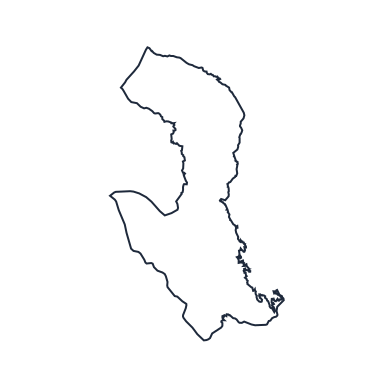 the district of Kolaka Utara, Sulawesi Tenggara, Indonesia, rotated 158°
{"feature_id": "22746128B11198700179718", "entity_name": "Kolaka Utara", "entity_type": "district", "adm_level": 2, "iso_a3": "IDN", "parent_name": "Indonesia", "parent_adm1": "Sulawesi Tenggara", "projection": "natural_earth1", "projection_center": [121.032, -3.263], "detail": "fine", "context": "isolated", "style": "outline", "palette": "slate", "viewbox_px": 384, "rotation_deg": 158, "n_neighbors": 0, "source": "geoboundaries", "source_scale": "gbopen_adm2", "svg_char_len": 5993}
<svg xmlns="http://www.w3.org/2000/svg" viewBox="0 0 384 384"><g transform="rotate(158 192 192)"><path d="M218.8,315.4L217.9,313.5L217.5,311.2L216.3,302.4L214.6,298.1L209.8,295.0L207.7,290.3L205.1,287.5L202.8,287.2L200.8,285.4L198.5,281.8L197.6,279.3L196.8,278.6L193.8,277.8L193.0,276.9L192.4,275.4L192.4,273.8L191.5,272.6L192.2,270.7L191.2,268.7L191.3,267.4L189.5,267.2L187.7,266.4L185.7,264.6L185.5,263.8L185.1,264.0L184.1,262.9L182.9,262.6L183.6,262.3L183.0,261.8L183.3,260.7L183.8,260.7L184.8,259.7L183.7,256.6L184.1,255.6L185.1,255.4L186.2,255.9L186.6,254.3L187.6,253.3L189.7,253.2L191.0,248.7L192.0,247.6L192.5,245.8L191.6,245.0L191.3,245.2L191.0,244.5L190.7,244.9L190.6,244.2L188.7,242.5L187.7,242.9L186.4,239.6L183.8,238.0L185.6,234.6L186.6,234.2L186.6,232.8L187.2,231.1L186.3,229.4L186.7,228.6L186.0,227.1L186.8,223.9L189.0,223.7L189.2,221.9L191.4,217.1L193.2,215.7L193.1,213.1L192.1,212.8L191.6,211.7L193.3,211.0L193.1,210.4L193.4,209.9L193.5,204.8L193.1,202.6L194.0,201.1L196.4,202.3L197.2,201.7L198.5,199.9L199.4,197.5L200.7,195.4L202.3,195.0L202.3,194.1L210.2,189.2L210.0,186.4L210.9,182.5L212.1,181.0L218.9,180.1L226.0,180.5L229.0,186.3L233.2,198.2L236.4,204.4L241.5,210.5L246.1,214.3L249.0,215.9L262.6,220.7L264.3,220.7L269.4,219.2L266.4,213.8L265.9,211.6L266.7,202.7L266.5,187.1L268.0,178.6L269.7,162.3L268.3,159.3L264.1,156.5L262.8,154.2L261.6,147.1L261.6,144.1L260.9,142.7L256.4,141.4L255.3,140.3L255.4,136.6L253.5,132.0L249.5,128.4L248.0,126.1L247.8,123.6L248.4,117.8L250.0,114.6L250.3,112.9L247.0,102.0L244.8,100.5L241.9,94.3L239.2,90.4L239.6,89.1L241.4,86.5L246.4,81.2L247.0,79.9L247.0,78.5L245.9,74.3L242.4,66.1L240.3,58.1L236.6,50.0L234.0,49.3L231.9,49.3L230.0,49.8L226.3,53.3L215.7,55.4L214.0,56.5L212.9,59.1L213.5,60.6L213.0,61.3L211.2,61.5L210.1,61.0L211.0,62.9L210.3,63.4L210.8,64.2L210.3,65.5L209.7,65.5L209.5,65.0L209.8,64.7L209.4,64.3L208.5,64.8L208.5,65.6L207.8,65.6L206.6,64.1L206.2,64.9L205.5,65.0L205.4,65.5L204.1,64.8L203.7,63.7L203.1,63.7L201.1,59.6L199.5,58.7L198.4,57.1L197.6,54.0L197.0,53.0L194.8,52.0L192.2,52.3L186.5,46.9L183.4,44.8L173.3,41.2L172.0,41.2L169.2,43.6L167.5,43.4L165.0,45.0L162.8,45.2L160.7,44.9L159.2,45.5L158.7,46.3L158.2,50.0L155.9,53.7L147.5,57.3L147.1,59.0L147.8,60.7L147.6,61.7L149.4,63.9L149.8,69.3L150.7,69.2L151.7,68.1L152.1,68.7L153.6,69.4L153.8,67.2L153.2,67.3L152.5,66.5L151.7,66.5L151.0,64.6L150.0,64.1L149.9,63.4L149.1,62.8L149.2,62.0L148.4,60.2L149.0,59.8L149.1,59.0L149.9,58.8L151.3,59.7L152.0,58.7L152.6,58.9L153.1,59.5L153.0,60.7L155.1,59.3L156.3,60.2L156.3,62.1L156.9,61.7L157.7,63.0L158.1,63.0L159.5,59.9L159.4,58.9L158.2,58.6L158.0,57.4L160.3,57.1L160.2,55.4L159.4,54.8L159.3,52.6L160.1,50.3L160.7,49.8L161.3,54.1L162.5,55.1L162.9,56.8L162.4,58.0L162.3,62.3L163.0,63.2L162.8,64.7L163.9,66.6L163.2,67.9L164.2,69.3L165.1,69.4L165.6,70.2L166.3,70.1L167.1,71.5L167.7,71.3L168.0,71.7L168.7,70.5L168.3,69.4L168.8,68.5L168.2,68.0L167.4,65.9L168.4,64.3L169.3,64.3L170.7,65.2L171.8,67.8L171.5,70.6L170.8,71.4L171.2,73.2L170.9,74.7L170.1,75.8L170.5,77.1L170.2,78.2L171.5,77.3L172.3,77.4L171.9,80.8L172.7,81.5L175.1,86.0L174.6,86.7L174.8,87.4L173.6,88.8L174.2,90.1L174.0,91.0L175.0,92.7L172.8,93.5L173.2,94.4L172.7,96.5L173.3,97.1L172.8,97.3L173.2,97.8L173.0,98.3L173.5,98.2L173.6,98.7L173.6,99.6L172.8,99.9L172.6,101.1L171.4,101.1L171.6,100.2L170.4,98.8L169.5,98.5L169.0,97.5L168.5,97.4L168.2,96.9L168.5,96.5L167.9,96.3L167.6,96.9L169.0,98.4L168.7,98.8L169.0,99.8L168.6,99.0L167.9,99.1L168.3,99.4L168.0,99.9L169.0,102.8L168.6,104.7L169.3,104.7L170.5,103.6L171.9,104.1L170.8,104.6L171.2,105.5L170.7,106.2L171.2,107.1L170.8,107.2L171.6,108.0L170.5,108.7L170.4,109.4L171.9,109.4L172.5,108.0L172.8,108.2L172.4,108.4L172.8,109.1L172.5,109.7L173.0,109.3L174.1,109.5L174.6,108.9L174.3,108.6L175.3,108.8L174.2,111.4L174.3,113.4L174.8,114.8L174.0,114.8L173.3,113.9L173.0,114.3L173.1,113.3L172.9,113.0L173.0,113.6L172.6,113.7L172.1,112.5L171.1,112.7L170.9,113.5L171.6,114.0L171.1,114.7L171.4,116.0L170.4,120.0L169.0,120.0L168.0,121.4L167.8,120.7L168.2,119.7L167.0,119.1L166.6,117.3L165.8,117.0L164.6,118.2L164.1,121.2L162.7,120.4L162.4,121.4L162.8,123.1L162.3,123.8L163.1,124.2L162.9,125.7L163.6,126.0L163.7,126.9L164.3,126.7L164.7,128.3L164.9,127.6L165.7,127.4L166.4,128.4L166.3,129.5L166.9,130.9L166.8,131.7L166.0,133.1L166.3,137.7L165.8,140.3L164.8,141.8L164.1,141.7L163.5,142.5L163.1,142.2L162.7,143.6L164.5,143.6L164.6,145.0L165.8,146.6L166.6,151.4L167.1,151.7L166.8,152.6L167.1,155.0L165.7,157.2L166.3,159.6L166.0,159.6L165.7,162.2L166.4,162.6L165.7,163.0L165.8,167.4L166.2,167.8L166.0,168.5L167.1,169.8L167.0,170.7L168.1,171.7L168.3,172.5L169.2,172.8L169.3,173.7L167.6,174.6L164.3,171.9L159.7,174.3L158.8,176.0L158.4,178.3L157.6,178.9L156.7,181.5L156.5,182.7L156.9,183.3L156.5,183.6L156.2,186.1L155.4,186.1L154.3,187.0L152.7,186.9L149.2,189.1L146.4,189.8L145.7,190.7L145.0,190.3L143.1,192.3L142.1,196.5L140.1,199.5L140.0,200.6L139.0,200.9L138.7,202.3L139.6,203.9L139.2,203.8L139.6,204.5L139.4,208.9L139.8,209.3L139.3,209.9L139.1,212.8L134.0,214.4L132.2,216.6L131.8,218.1L129.4,219.9L127.6,224.3L127.7,225.0L125.5,227.5L125.0,227.5L123.6,228.8L122.3,230.4L122.4,233.3L122.9,234.8L122.7,235.5L121.1,237.4L120.5,238.9L116.7,240.9L114.7,243.5L114.3,246.1L116.5,263.8L117.0,264.8L117.6,269.5L118.0,269.6L119.0,272.4L118.5,274.9L120.8,278.0L120.9,278.8L123.4,280.5L124.7,283.1L125.5,283.7L126.1,286.0L126.7,286.9L126.2,287.1L124.3,286.1L123.6,286.2L123.8,286.9L124.8,287.6L125.3,289.6L126.3,289.6L127.3,290.7L128.5,291.1L128.9,292.8L129.8,293.3L130.3,294.5L131.4,294.4L133.2,295.4L133.7,297.2L133.4,298.2L135.2,299.1L136.1,300.4L135.8,303.2L136.6,303.9L139.2,304.4L143.0,307.9L144.0,309.4L146.9,311.5L148.7,313.8L152.4,320.4L153.3,321.3L155.6,322.6L158.4,325.1L160.6,326.0L161.8,327.1L164.0,326.9L166.1,328.4L167.9,328.7L170.3,331.1L173.3,332.6L175.4,335.3L176.2,337.7L176.7,337.7L177.6,341.3L179.1,342.8L181.4,341.2L194.1,329.2L200.6,325.5L210.7,320.6L213.0,318.7L218.8,315.4Z" fill="none" stroke="#1e293b" stroke-width="2"/></g></svg>